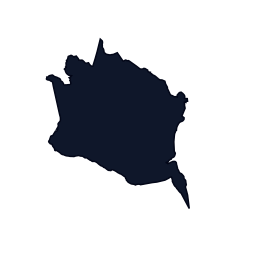 the district of Atzitzintla, Puebla, Mexico, rotated 124°
{"feature_id": "50627088B23219182894428", "entity_name": "Atzitzintla", "entity_type": "district", "adm_level": 2, "iso_a3": "MEX", "parent_name": "Mexico", "parent_adm1": "Puebla", "projection": "robinson", "projection_center": [-97.303, 18.944], "detail": "fine", "context": "isolated", "style": "filled", "palette": "ink", "viewbox_px": 256, "rotation_deg": 124, "n_neighbors": 0, "source": "geoboundaries", "source_scale": "gbopen_adm2", "svg_char_len": 5765}
<svg xmlns="http://www.w3.org/2000/svg" viewBox="0 0 256 256"><g transform="rotate(124 128 128)"><path d="M174.3,128.7L174.1,128.4L174.0,127.8L174.0,127.0L174.2,126.5L174.1,125.5L173.9,125.0L173.8,124.3L174.0,123.4L174.1,120.9L173.9,120.3L173.2,119.1L173.1,118.7L172.7,118.3L171.7,118.2L171.3,117.5L171.0,116.6L170.7,114.8L170.6,113.1L170.7,111.8L170.5,110.2L170.5,109.6L170.2,108.4L170.1,107.8L170.1,106.4L170.2,104.4L170.1,103.8L170.1,103.2L170.5,102.5L171.2,101.6L171.3,101.0L171.5,100.7L172.0,100.3L172.1,100.2L172.2,99.4L172.7,98.3L172.8,96.9L172.7,95.7L172.5,94.0L171.4,91.7L171.0,89.9L170.6,89.8L170.3,89.5L169.4,88.7L168.7,87.9L168.1,86.7L168.0,85.9L159.8,77.5L156.5,73.7L150.5,68.2L147.6,66.6L144.4,65.1L144.4,64.6L144.8,63.9L145.6,63.0L145.8,62.6L146.2,62.2L147.5,61.3L149.7,57.5L150.0,56.6L150.1,55.5L150.5,54.4L150.9,53.7L151.2,52.1L151.7,51.1L152.4,48.3L152.2,47.7L152.2,47.4L152.6,47.0L160.5,32.2L150.3,41.1L147.3,44.5L145.1,47.1L144.5,47.6L142.5,47.9L142.0,48.5L141.3,49.0L140.9,49.5L139.8,50.4L139.2,51.0L138.8,52.7L138.6,53.3L137.0,54.6L136.5,55.9L136.4,56.6L136.2,57.1L136.0,58.2L136.2,59.0L136.3,59.8L136.0,60.8L135.0,62.3L134.0,64.3L133.8,64.5L133.4,64.7L133.0,65.3L132.2,66.0L131.0,67.5L129.9,68.4L129.6,68.9L129.4,69.8L129.5,70.5L130.5,72.0L132.7,73.4L133.1,73.6L133.7,73.9L134.0,74.1L134.8,74.6L135.0,74.8L135.1,75.1L135.3,75.1L135.3,75.5L135.3,76.5L135.4,76.8L135.4,77.0L135.2,77.1L134.7,76.7L134.5,76.3L133.7,75.8L131.8,75.9L131.3,75.6L130.9,75.6L129.8,75.0L129.7,74.8L128.9,75.1L126.3,73.8L125.9,73.8L124.9,73.8L122.7,74.5L122.1,75.2L121.8,76.0L121.2,76.8L113.8,82.3L108.6,85.2L106.4,86.3L105.5,86.3L104.4,86.9L103.7,86.8L103.4,86.6L102.9,86.5L101.6,87.3L100.2,87.9L99.1,88.2L97.2,88.4L96.3,88.5L94.5,88.4L93.2,87.7L92.3,87.0L91.2,86.5L89.9,86.4L89.3,86.5L88.1,87.3L88.0,90.0L79.7,91.7L78.5,92.9L78.8,93.0L78.4,93.4L78.2,93.4L77.9,93.7L76.8,94.3L76.5,94.5L76.4,94.9L75.7,95.1L75.2,95.7L74.7,95.0L74.4,94.3L74.1,94.6L73.7,95.2L72.5,93.6L70.5,95.3L71.9,97.7L71.5,98.0L70.7,98.2L70.1,98.6L69.7,99.0L69.2,99.9L68.9,101.1L68.7,102.0L68.6,104.0L69.1,104.4L69.3,104.8L69.8,104.9L70.2,105.2L70.8,105.4L71.7,105.4L72.0,105.5L72.5,105.4L73.0,105.6L74.1,105.2L74.5,104.5L74.7,104.4L75.6,106.4L75.9,106.8L76.2,106.9L76.3,107.2L76.3,108.7L76.8,111.1L76.7,111.6L72.8,118.1L72.4,118.1L72.2,118.1L70.5,121.4L68.6,123.6L69.0,125.9L69.0,126.2L69.5,127.3L69.8,127.5L70.2,128.6L70.2,129.2L70.4,129.6L70.4,130.2L70.1,131.1L70.1,132.2L69.9,132.8L69.9,133.0L70.0,133.4L69.8,134.0L69.9,134.4L69.8,134.5L69.8,135.0L70.0,136.0L69.9,136.1L70.0,136.6L70.2,136.8L70.1,137.6L70.4,137.9L70.4,138.1L69.9,138.4L69.9,138.6L70.2,138.9L70.2,139.1L69.9,139.3L70.0,139.5L70.0,139.8L70.1,140.1L69.8,140.6L69.3,140.7L69.4,141.0L69.8,141.7L70.0,142.3L70.1,142.6L69.6,143.5L69.0,144.1L69.2,147.2L69.8,148.3L70.7,148.7L71.4,149.4L72.0,150.4L72.3,151.2L72.0,155.8L71.8,164.3L71.8,165.1L72.2,165.8L72.5,166.0L72.8,166.4L72.9,167.8L73.3,168.2L75.1,169.2L75.2,169.6L75.2,169.9L71.6,179.0L75.2,181.3L76.4,182.7L77.7,183.9L77.7,184.2L79.0,187.2L78.8,188.9L78.9,189.5L78.9,189.9L78.7,190.1L78.5,190.6L78.3,190.8L77.9,190.7L76.4,192.3L75.5,194.3L75.1,194.7L74.1,195.3L73.2,196.1L72.2,196.5L71.1,197.1L70.8,197.4L70.2,198.1L69.8,200.7L82.1,196.2L88.8,194.0L96.5,191.7L96.7,192.0L97.2,192.6L97.1,192.9L97.1,194.4L96.6,195.9L96.0,197.2L97.8,199.0L98.0,199.4L98.0,199.9L97.5,202.0L97.3,203.6L97.7,204.5L98.3,204.7L98.2,204.9L98.4,205.5L99.2,206.6L98.7,207.2L98.2,208.3L97.3,211.1L97.8,211.4L98.1,212.0L99.3,212.3L99.4,215.1L99.6,215.8L99.9,216.1L100.9,216.7L101.5,217.2L102.0,217.5L102.8,217.4L103.4,217.0L105.0,216.6L105.6,216.5L106.3,216.8L106.6,216.6L106.6,216.2L106.9,215.8L108.3,215.9L109.4,215.3L109.6,214.8L110.2,214.7L111.5,213.8L112.1,213.9L112.3,213.2L114.7,213.7L114.8,213.0L115.9,211.6L116.8,210.2L117.0,209.6L117.2,208.9L117.4,206.9L117.2,206.3L117.1,205.7L116.2,204.0L116.9,204.0L118.2,204.2L119.2,204.9L119.6,203.3L120.2,203.0L120.8,202.9L121.0,202.9L121.4,201.9L122.1,201.3L122.3,200.9L122.7,200.6L123.2,200.2L123.5,200.2L124.3,200.4L124.7,200.6L124.9,200.9L125.6,201.9L126.6,203.0L127.3,204.1L127.8,204.6L128.0,204.9L127.9,205.7L127.4,206.2L126.6,207.8L126.4,208.7L126.6,209.4L126.5,209.9L125.9,210.7L125.3,211.9L125.3,212.4L125.4,213.4L125.7,214.3L125.7,215.4L126.1,216.4L126.2,216.9L126.5,217.7L126.3,219.2L126.3,219.8L126.4,220.4L126.6,220.7L127.2,221.0L127.7,221.7L128.7,222.5L129.1,222.7L130.6,223.0L131.2,223.8L131.5,223.5L131.8,223.4L132.9,223.1L133.1,222.9L133.2,222.4L133.0,221.7L133.0,221.3L132.8,220.9L132.2,219.9L132.2,219.4L132.3,218.6L132.1,217.4L132.0,216.8L132.1,216.4L132.3,216.0L134.8,213.6L155.0,192.3L157.0,190.0L158.8,188.7L160.1,188.1L160.7,188.1L162.0,188.3L163.3,188.4L164.0,188.1L165.0,187.1L166.0,186.7L168.9,186.5L168.3,185.5L170.2,185.3L171.0,186.4L176.0,186.2L176.9,186.4L177.0,186.8L178.0,187.4L182.4,186.2L183.1,186.4L183.4,186.3L183.7,185.8L184.1,185.5L184.2,185.1L184.1,184.7L184.5,183.9L184.5,183.6L184.4,183.2L184.1,182.3L184.0,181.7L184.0,181.4L184.6,181.1L185.0,180.3L185.4,179.8L185.4,179.5L185.3,179.2L185.9,178.3L186.0,177.6L186.4,177.2L186.6,177.1L186.9,176.6L187.4,176.2L187.4,175.7L187.2,175.3L186.5,174.6L186.5,172.5L186.4,172.2L186.5,171.5L186.6,171.1L186.5,170.3L186.6,169.8L186.8,169.2L186.7,167.6L186.2,166.6L186.0,165.5L185.8,164.4L185.4,163.3L184.5,161.6L183.9,160.1L183.3,159.2L181.9,156.9L181.6,156.6L180.5,155.8L179.4,154.6L178.8,154.0L178.5,153.7L177.6,151.2L176.9,150.2L176.8,149.8L176.8,147.1L176.4,146.3L175.9,145.8L175.8,145.4L175.8,144.7L175.9,143.4L175.8,142.9L175.9,141.7L175.8,141.2L175.6,140.4L175.6,140.0L175.7,139.7L175.6,138.8L174.8,137.7L174.4,137.2L174.1,135.8L174.0,134.8L174.1,133.2L174.3,132.4L174.3,131.9L174.4,130.8L174.4,129.1L174.3,128.7Z" fill="#0f172a" stroke="#020617" stroke-width="1.5"/></g></svg>